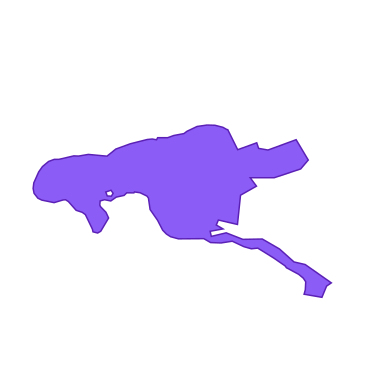 outline of Kurgantepa, Andijon, Uzbekistan, rotated 193°
{"feature_id": "79887680B5008780353484", "entity_name": "Kurgantepa", "entity_type": "district", "adm_level": 2, "iso_a3": "UZB", "parent_name": "Uzbekistan", "parent_adm1": "Andijon", "projection": "robinson", "projection_center": [72.86, 40.792], "detail": "fine", "context": "isolated", "style": "filled", "palette": "violet", "viewbox_px": 384, "rotation_deg": 193, "n_neighbors": 0, "source": "geoboundaries", "source_scale": "gbopen_adm2", "svg_char_len": 1475}
<svg xmlns="http://www.w3.org/2000/svg" viewBox="0 0 384 384"><g transform="rotate(193 192 192)"><path d="M35.8,134.8L65.4,146.8L76.9,146.8L94.0,156.2L112.9,162.0L131.8,157.3L149.5,159.9L163.2,153.1L165.5,157.8L153.5,163.0L160.9,165.3L160.0,170.6L140.4,170.6L144.0,199.8L130.5,212.2L138.5,219.0L115.1,224.4L91.3,238.9L85.9,249.3L102.3,266.4L127.4,250.0L136.9,249.5L140.0,254.5L157.0,243.5L171.2,260.8L172.0,260.7L176.4,262.0L184.6,262.2L192.5,260.6L201.8,257.0L210.6,250.0L213.0,247.1L222.4,243.0L228.0,239.4L237.7,237.2L238.3,234.9L242.6,234.7L247.4,233.1L263.0,225.1L275.9,216.7L282.9,207.8L301.5,205.3L310.6,201.5L315.3,200.6L329.0,193.9L333.6,192.8L338.6,189.5L343.4,183.2L345.9,177.1L348.2,165.3L347.6,159.7L345.6,155.2L340.8,151.3L336.5,150.3L324.0,150.6L315.9,155.2L313.5,156.0L310.3,154.9L300.8,148.1L294.4,147.5L290.8,146.0L280.7,133.4L279.5,130.9L274.7,130.8L272.1,133.2L267.4,147.9L271.3,152.9L277.8,157.1L278.9,158.5L279.5,162.6L275.5,164.8L269.1,165.0L264.6,170.0L257.4,173.4L255.4,176.5L248.4,178.1L248.1,179.1L242.4,179.6L235.0,177.9L233.1,176.3L228.9,165.5L219.2,156.7L212.0,148.2L207.5,145.3L202.8,143.6L194.7,143.3L170.0,149.2L162.5,146.9L152.2,148.9L141.7,153.1L129.1,150.4L121.4,150.0L115.3,152.1L97.7,146.1L84.8,141.0L82.9,139.4L69.6,135.8L64.2,133.1L61.0,130.1L59.6,122.2L59.8,117.6L41.7,118.6L39.7,130.6L35.8,134.8ZM276.0,172.6L271.3,175.5L268.6,173.0L269.6,169.8L273.7,169.1L276.0,172.6Z" fill="#8b5cf6" stroke="#5b21b6" stroke-width="1.5"/></g></svg>